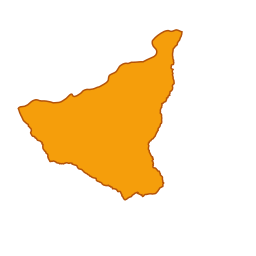 outline of Armenia, Antioquia, Colombia, rotated 64°
{"feature_id": "7082276B11935891102033", "entity_name": "Armenia", "entity_type": "district", "adm_level": 2, "iso_a3": "COL", "parent_name": "Colombia", "parent_adm1": "Antioquia", "projection": "mercator", "projection_center": [-75.796, 6.174], "detail": "fine", "context": "isolated", "style": "filled", "palette": "amber", "viewbox_px": 256, "rotation_deg": 64, "n_neighbors": 0, "source": "geoboundaries", "source_scale": "gbopen_adm2", "svg_char_len": 5773}
<svg xmlns="http://www.w3.org/2000/svg" viewBox="0 0 256 256"><g transform="rotate(64 128 128)"><path d="M168.4,175.0L170.3,172.8L170.4,172.0L170.9,171.5L170.9,170.7L171.1,170.5L171.5,170.5L172.0,170.3L172.3,170.0L172.5,169.6L173.4,169.4L173.7,168.7L174.1,168.4L175.2,168.4L175.8,168.5L176.0,168.4L176.2,167.4L177.9,165.5L178.7,165.4L179.4,164.9L179.7,164.9L180.3,165.1L180.6,165.0L180.9,164.6L181.6,162.9L182.5,162.7L183.7,162.9L184.2,162.9L185.0,162.7L186.2,163.2L188.0,162.8L189.5,162.9L190.0,162.7L190.7,162.6L191.3,162.0L191.3,160.3L190.9,158.4L190.8,157.3L191.1,155.1L191.0,154.7L190.5,154.1L190.3,153.6L190.0,151.3L189.7,150.5L189.9,147.8L190.1,147.5L190.6,147.2L190.8,147.3L190.9,148.0L191.1,147.9L192.9,146.3L193.9,145.7L194.0,144.9L194.7,145.2L196.0,144.8L196.0,144.0L195.3,142.5L195.3,141.7L195.9,140.3L196.5,137.7L197.4,135.8L197.9,135.3L198.8,132.6L198.9,131.9L198.7,131.0L197.7,128.7L196.9,127.5L196.5,126.6L195.9,125.9L195.8,124.1L195.7,123.3L195.8,122.4L195.6,122.2L195.2,121.9L194.4,121.7L194.0,121.4L193.6,121.0L193.3,120.3L193.0,120.0L192.6,120.1L192.2,120.5L191.9,120.6L191.1,120.0L189.1,119.5L187.3,118.6L186.9,118.6L184.3,119.5L183.3,119.0L182.1,119.1L181.1,118.9L180.6,118.9L180.3,119.1L180.0,119.8L179.6,120.0L178.7,120.1L178.0,120.4L176.9,120.6L176.3,120.8L176.0,121.0L174.8,122.6L174.2,122.7L173.8,122.6L173.1,122.2L172.7,121.7L172.0,121.8L171.7,121.7L171.6,121.1L171.4,120.9L170.3,120.7L169.6,120.4L168.5,120.7L168.1,120.7L167.6,119.8L167.5,119.3L167.1,119.0L166.3,119.0L165.8,119.3L165.5,119.3L165.3,119.2L165.1,118.6L164.6,118.7L163.9,119.2L162.7,119.4L160.6,119.3L159.0,119.4L157.6,118.8L156.4,119.0L156.0,119.0L154.1,117.9L153.1,117.0L152.0,117.0L151.5,116.9L150.7,116.2L150.4,116.1L150.4,115.5L150.3,115.3L149.5,114.7L149.4,114.3L149.4,113.0L148.8,112.2L148.6,111.8L148.6,110.2L147.9,108.9L147.1,107.0L146.0,106.0L145.4,105.0L144.5,104.3L144.4,104.0L144.3,103.4L143.7,102.9L143.2,101.8L143.0,101.7L142.5,101.7L142.3,101.6L141.6,100.9L141.3,100.3L140.6,98.7L138.9,97.3L138.6,97.0L138.4,96.7L138.4,95.9L138.2,95.7L137.3,95.0L135.3,94.2L133.9,93.3L132.3,92.8L131.0,92.1L130.1,92.0L129.1,92.5L128.5,92.4L128.0,91.9L126.1,91.1L125.3,90.4L125.0,90.0L124.3,89.3L124.2,88.7L123.0,88.1L122.6,87.6L122.0,87.2L121.2,87.1L120.9,86.9L120.9,86.5L121.1,85.8L120.6,84.3L120.7,82.4L120.1,81.9L119.6,81.1L118.0,80.2L118.0,79.6L118.2,79.3L118.2,79.0L118.0,78.7L117.1,78.1L116.9,77.8L116.8,77.3L116.9,76.2L115.9,76.1L115.7,75.9L115.5,75.3L114.4,74.7L113.7,74.1L113.6,73.6L113.7,72.9L113.0,71.5L112.6,71.0L111.0,70.0L109.7,69.8L108.7,68.6L108.4,67.3L108.0,66.9L107.4,66.7L105.6,66.0L103.2,65.8L102.2,65.2L99.5,64.7L99.2,64.4L98.9,63.8L98.7,63.7L97.2,63.6L96.5,63.4L95.9,63.0L95.5,62.5L95.2,61.8L94.9,61.9L94.3,62.6L93.6,63.0L92.9,63.0L92.6,62.9L91.9,62.2L91.2,61.9L90.7,61.5L90.4,61.0L90.5,60.5L90.7,59.9L90.7,59.3L90.3,58.9L90.0,58.8L89.3,58.2L88.8,58.0L87.7,57.9L87.1,57.3L85.7,57.3L85.0,57.1L83.7,56.5L82.8,56.4L80.6,55.3L78.8,54.0L76.9,52.8L76.6,52.5L76.0,50.8L75.4,49.9L75.2,49.5L75.1,48.1L74.6,47.3L74.3,46.9L73.2,46.3L72.1,44.4L71.6,43.2L69.5,41.1L69.1,40.3L67.1,38.5L65.9,37.8L65.3,37.3L64.2,38.4L62.4,39.9L61.2,41.2L60.8,42.3L60.6,44.7L60.4,46.1L60.0,46.9L59.5,47.7L58.3,48.8L57.7,50.0L57.3,51.7L57.1,53.4L57.2,54.8L57.3,57.0L57.9,60.8L58.7,63.9L60.0,67.1L60.5,68.0L61.5,68.6L62.6,69.1L63.5,69.3L65.7,69.4L69.5,68.3L70.7,68.3L72.1,68.7L73.3,69.5L74.4,70.7L74.9,72.1L75.2,73.3L75.2,74.6L75.0,81.4L75.1,85.5L74.1,87.4L71.9,93.0L70.4,96.2L70.2,99.0L69.8,100.1L68.9,101.5L68.5,102.9L68.3,104.6L68.5,106.8L68.7,107.9L69.0,108.7L71.4,112.5L72.1,113.8L72.3,114.9L72.4,115.9L72.3,119.1L72.4,120.8L72.6,121.7L73.7,123.0L76.4,124.8L76.9,125.5L77.7,127.4L78.1,130.3L78.4,135.3L78.3,136.5L78.0,137.7L77.8,141.1L77.6,142.4L76.6,145.6L75.3,148.0L74.9,150.1L74.9,152.0L76.0,155.0L76.3,156.8L76.6,159.9L76.4,161.4L76.2,162.4L75.8,162.9L75.2,163.3L74.5,163.6L73.3,163.5L72.8,163.9L72.6,164.4L72.8,166.0L74.4,170.6L75.0,175.0L75.1,176.9L74.8,178.6L74.5,179.5L72.7,184.0L72.1,184.7L70.9,185.9L69.7,187.4L68.0,189.7L66.8,191.7L65.8,193.9L64.5,195.7L63.3,196.8L62.3,198.3L61.9,199.9L61.8,201.7L62.0,203.5L63.2,207.9L63.2,209.6L63.2,211.3L61.8,215.5L61.8,216.0L61.9,217.1L62.4,218.1L63.5,218.1L66.8,218.6L68.0,218.6L69.6,218.7L71.1,218.6L75.2,218.7L76.1,218.5L79.6,217.1L80.5,216.4L81.2,216.1L82.6,216.7L83.0,216.7L83.7,216.1L84.6,216.1L85.7,215.6L86.3,215.5L87.8,215.9L88.4,216.3L89.5,217.6L89.8,217.7L92.7,217.6L93.4,217.4L94.1,216.7L94.6,215.9L94.8,215.8L95.0,215.7L95.9,215.8L96.3,215.7L97.1,214.9L98.7,214.8L99.2,214.7L99.5,214.5L101.0,212.8L102.2,212.3L103.1,211.7L103.3,211.6L103.5,211.7L104.1,212.1L104.3,212.2L104.5,212.2L105.0,212.1L105.4,211.7L105.7,211.7L106.9,212.5L108.6,213.2L109.5,213.4L111.1,213.1L111.8,213.1L112.5,212.8L113.0,212.4L114.4,212.6L114.8,212.6L116.4,211.7L117.7,212.1L118.1,212.2L118.5,212.6L118.8,212.8L119.6,212.6L120.5,213.0L121.6,212.8L123.8,212.8L124.1,212.6L124.2,211.6L124.7,211.0L124.9,209.5L125.7,208.8L126.6,207.8L127.0,207.7L127.7,207.6L128.1,207.1L128.6,206.6L128.9,206.1L129.3,205.5L130.2,205.1L130.4,204.2L131.1,203.3L131.2,202.6L131.9,201.8L132.0,201.5L131.9,201.2L131.9,200.6L132.1,200.1L132.0,199.6L132.2,198.9L132.3,198.4L132.8,197.7L133.6,197.0L134.0,196.2L134.0,195.5L134.4,194.8L134.7,194.5L135.1,193.8L135.3,193.8L135.6,194.1L135.8,194.1L137.8,192.2L138.6,191.2L139.4,190.5L140.9,190.6L141.9,190.5L142.9,190.2L143.3,189.9L144.7,188.1L145.2,187.7L146.7,187.3L147.5,186.8L148.4,186.8L150.4,185.5L151.1,184.8L151.4,184.7L151.9,184.7L153.3,183.6L154.6,183.3L154.8,183.2L155.1,182.6L155.5,182.4L156.1,182.2L156.8,181.7L157.6,180.9L159.1,178.9L159.5,178.8L161.0,179.3L161.6,179.2L163.0,178.2L163.4,177.6L164.1,177.2L164.7,176.5L165.9,175.8L166.9,175.7L168.4,175.0Z" fill="#f59e0b" stroke="#b45309" stroke-width="1.5"/></g></svg>